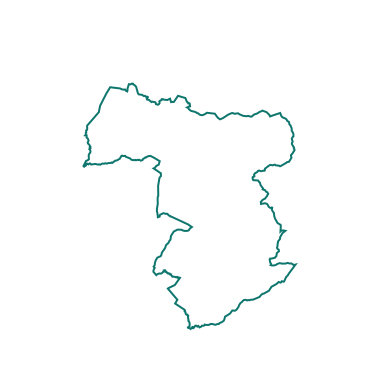 outline of Camilo Ponce Enriquez, Azuay, Ecuador, rotated 304°
{"feature_id": "8360857B38047305818625", "entity_name": "Camilo Ponce Enriquez", "entity_type": "district", "adm_level": 2, "iso_a3": "ECU", "parent_name": "Ecuador", "parent_adm1": "Azuay", "projection": "mercator", "projection_center": [-79.616, -2.963], "detail": "fine", "context": "isolated", "style": "outline", "palette": "teal", "viewbox_px": 384, "rotation_deg": 304, "n_neighbors": 0, "source": "geoboundaries", "source_scale": "gbopen_adm2", "svg_char_len": 6047}
<svg xmlns="http://www.w3.org/2000/svg" viewBox="0 0 384 384"><g transform="rotate(304 192 192)"><path d="M104.5,203.8L103.1,208.9L104.5,209.2L106.1,210.4L106.7,211.5L107.3,212.1L108.8,212.7L109.9,212.7L110.7,213.7L111.0,213.6L111.4,212.7L112.0,213.3L111.3,214.2L111.6,214.7L111.1,215.2L111.4,216.0L111.0,216.7L111.4,217.3L111.0,218.0L111.6,218.6L111.9,219.3L111.4,219.7L111.3,220.2L111.9,220.9L111.5,221.2L110.8,223.2L111.4,223.8L112.2,225.5L112.3,226.6L112.9,226.8L113.4,227.4L113.0,228.1L113.6,228.5L114.1,230.0L105.3,229.8L99.1,226.2L98.4,226.0L94.5,240.1L90.1,240.4L90.2,251.8L89.8,252.4L89.4,252.3L88.8,252.7L88.8,253.7L87.4,255.0L87.3,256.2L87.7,256.7L87.4,257.0L87.3,258.1L86.2,258.4L83.8,260.8L83.1,261.1L83.0,261.9L81.9,263.4L80.0,264.7L79.3,265.0L77.5,264.3L77.2,264.7L77.8,266.6L77.7,267.5L78.7,267.5L79.5,268.7L79.8,267.9L80.4,267.8L80.8,268.6L80.7,269.2L81.1,269.5L83.1,269.5L83.6,270.5L83.4,271.7L84.5,272.1L84.0,274.0L85.7,275.0L86.7,275.0L87.4,276.2L88.2,276.8L89.2,276.7L89.5,277.8L91.2,280.3L92.8,281.1L93.6,282.0L95.1,285.8L96.3,286.5L97.5,288.0L98.8,288.2L100.8,289.5L103.1,290.3L105.1,289.9L107.0,289.1L112.5,291.5L116.3,291.7L117.6,294.0L119.3,294.7L122.6,294.8L124.8,294.3L127.1,294.3L129.1,295.0L130.2,295.0L131.4,295.4L132.7,296.9L132.8,298.2L133.9,299.0L134.3,300.1L135.5,300.9L136.9,302.8L142.8,306.7L144.7,306.8L146.9,307.3L147.9,308.3L153.1,311.0L157.9,310.9L162.8,313.4L165.9,314.2L166.3,316.0L167.1,316.4L168.2,316.3L168.9,318.2L169.2,318.4L174.2,317.6L176.1,318.0L178.9,317.9L189.7,318.4L188.6,317.4L188.3,316.9L188.4,314.5L187.3,312.9L186.7,310.9L185.1,309.7L182.9,306.6L182.1,304.5L180.0,302.9L178.6,302.4L177.0,301.1L175.6,299.0L175.4,298.1L175.9,298.2L176.6,297.8L177.4,296.1L179.4,294.2L180.1,293.9L180.5,294.0L181.2,295.1L184.0,297.6L185.0,297.5L186.0,297.8L188.8,296.5L191.5,297.2L192.7,296.1L192.7,294.7L193.3,293.6L194.7,293.3L195.9,292.5L199.1,291.0L202.4,291.2L203.9,290.3L208.5,290.0L212.0,291.1L211.3,289.4L210.2,287.7L208.8,287.4L213.2,284.8L214.3,283.8L214.1,280.3L216.2,276.1L217.6,274.1L220.6,271.4L220.9,270.1L222.0,268.1L223.9,267.2L223.8,266.8L222.9,266.3L222.5,265.3L222.6,264.0L224.0,261.3L223.9,259.9L223.3,258.6L220.7,255.9L222.2,254.6L225.1,255.0L227.3,256.2L230.9,256.5L231.8,256.1L232.8,256.3L233.2,256.1L233.9,254.7L233.7,253.1L234.4,251.5L233.7,249.2L234.6,249.0L234.8,248.6L236.0,245.1L237.9,242.8L237.8,242.0L238.5,240.6L238.2,239.8L236.1,236.2L236.4,235.4L237.6,234.4L238.2,234.0L239.8,235.0L240.1,234.9L240.9,233.8L242.7,233.7L245.0,234.9L246.4,234.9L247.4,235.8L247.6,237.0L248.3,238.2L249.6,239.2L250.2,240.2L250.6,240.3L251.1,239.9L252.3,239.5L257.0,241.1L258.3,241.8L259.3,244.1L260.7,245.0L261.1,245.9L261.0,246.7L262.5,249.4L262.5,250.4L262.9,250.9L268.8,253.8L269.9,254.1L271.3,255.5L276.0,255.3L277.7,253.5L281.3,253.8L282.5,253.5L283.3,253.7L284.1,253.6L284.8,252.9L284.8,252.2L286.1,251.5L286.4,250.3L287.7,247.9L288.8,247.4L290.0,247.3L292.0,244.9L293.8,244.7L294.8,245.0L296.6,243.8L297.6,242.6L298.5,240.5L300.6,238.9L302.4,236.2L302.3,235.6L302.7,234.8L304.3,233.2L304.2,231.3L305.0,229.8L305.2,228.6L304.6,225.9L304.7,224.0L306.8,220.9L298.3,214.4L299.2,213.1L299.9,209.1L298.8,204.8L298.0,204.5L296.1,203.2L293.5,202.1L290.7,200.0L288.4,199.5L287.4,198.8L286.5,196.1L285.4,194.9L283.8,192.0L283.0,188.2L283.0,186.2L280.7,183.6L280.1,181.4L279.6,180.8L276.5,178.8L270.5,176.3L268.0,174.7L267.9,174.0L268.1,171.4L269.7,167.2L266.0,160.0L264.0,159.3L261.6,157.8L260.9,156.7L260.4,155.1L260.7,153.2L260.2,152.2L260.4,151.5L260.1,149.6L258.7,145.9L258.9,143.3L259.6,141.8L259.4,140.7L261.1,141.6L261.9,142.5L263.9,140.8L264.1,140.3L263.4,139.4L263.9,138.9L263.7,138.1L264.4,136.6L266.2,134.0L263.9,126.6L256.6,126.6L254.8,124.4L257.1,121.6L254.5,120.1L253.0,117.4L252.7,116.0L252.0,115.0L251.0,115.4L250.0,114.5L248.7,114.3L247.8,115.3L247.2,115.5L246.2,115.4L245.2,114.8L245.2,114.5L244.7,113.0L245.9,111.6L244.9,108.9L243.8,108.0L244.1,107.3L244.0,106.3L244.3,104.9L243.5,103.1L244.0,102.3L245.7,102.5L246.1,102.1L245.9,101.4L245.2,101.0L245.4,99.2L244.6,98.5L244.6,96.2L243.2,93.4L243.5,92.1L248.0,86.8L248.5,84.7L248.3,83.2L248.8,82.5L248.3,81.6L246.9,80.9L246.1,79.4L241.4,80.8L240.1,81.8L239.1,82.0L239.0,80.0L239.5,79.2L238.0,76.9L237.6,74.4L233.1,65.6L225.9,65.9L212.1,67.6L206.0,70.1L188.7,68.0L187.9,68.2L185.8,69.8L184.8,70.2L183.8,69.8L182.0,71.2L181.4,71.0L180.3,71.9L179.3,71.8L180.0,73.0L178.2,74.2L178.1,75.6L177.2,77.0L176.8,77.5L174.6,77.9L174.0,78.7L173.8,80.2L172.8,82.4L172.1,82.2L171.9,83.0L171.5,83.3L171.0,82.7L170.0,83.0L169.8,84.2L168.8,85.2L167.5,85.7L166.5,85.4L164.7,85.8L161.5,88.2L160.0,87.8L158.6,86.8L153.1,87.5L152.7,87.7L152.7,88.3L153.3,88.2L153.9,88.9L154.6,89.2L156.4,88.9L157.0,89.4L156.9,90.6L158.5,91.2L158.7,91.8L158.3,92.9L161.3,96.3L162.1,98.7L163.0,99.5L163.3,100.7L165.3,101.6L166.4,103.4L167.4,104.1L167.8,105.4L169.2,106.5L170.1,107.8L171.5,108.9L171.8,109.3L171.6,109.6L172.6,110.1L174.9,110.7L176.1,112.0L179.1,113.5L182.4,113.3L183.0,113.6L183.2,114.6L184.6,116.4L184.2,117.4L185.2,121.9L184.9,123.5L185.1,124.5L186.3,126.6L186.8,126.8L187.0,127.8L188.4,129.1L188.5,129.7L189.2,130.2L189.4,132.1L190.8,133.1L192.1,132.9L193.6,133.8L194.4,133.9L194.8,134.5L195.6,134.6L196.1,135.1L197.1,135.6L198.7,137.4L199.2,141.8L199.5,148.0L196.0,149.1L193.6,147.8L191.3,147.7L190.1,147.0L190.1,155.7L187.9,157.3L185.6,157.1L178.1,160.5L169.9,166.2L168.7,166.4L167.0,167.4L163.1,170.2L158.5,172.3L156.4,173.7L155.2,175.1L152.0,177.8L153.5,178.9L154.7,178.3L155.3,178.3L158.3,180.0L158.9,181.3L159.0,182.0L160.2,183.9L159.9,184.4L159.6,186.1L159.9,187.3L159.6,187.6L160.0,188.6L162.9,206.7L162.9,211.5L160.8,210.7L158.4,210.7L157.4,210.1L155.8,208.0L155.0,206.1L154.9,204.6L152.8,201.1L149.1,199.0L144.4,199.1L143.4,199.3L140.5,200.8L138.7,200.6L136.5,200.9L133.6,200.2L130.1,201.1L129.1,200.9L128.5,201.1L126.6,200.9L124.7,201.0L122.6,201.8L121.2,201.9L118.3,200.0L115.3,200.1L112.5,200.9L110.5,202.0L108.6,202.0L108.3,203.5L106.5,203.6L104.7,204.3L104.4,204.2L104.5,203.8Z" fill="none" stroke="#0f766e" stroke-width="2"/></g></svg>